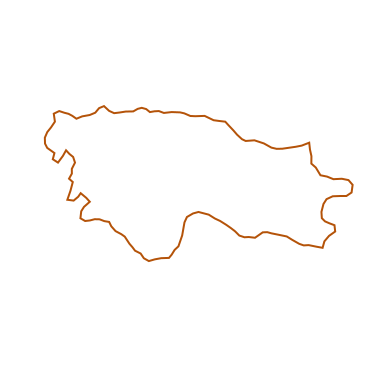 Rianápolis, Goiás, Brazil, rotated 13°
{"feature_id": "56859067B46542893543855", "entity_name": "Rianápolis", "entity_type": "district", "adm_level": 2, "iso_a3": "BRA", "parent_name": "Brazil", "parent_adm1": "Goiás", "projection": "albers", "projection_center": [-49.442, -15.481], "detail": "fine", "context": "isolated", "style": "outline", "palette": "amber", "viewbox_px": 384, "rotation_deg": 13, "n_neighbors": 0, "source": "geoboundaries", "source_scale": "gbopen_adm2", "svg_char_len": 1874}
<svg xmlns="http://www.w3.org/2000/svg" viewBox="0 0 384 384"><g transform="rotate(13 192 192)"><path d="M340.4,198.3L338.3,192.3L333.0,191.6L328.2,190.7L324.4,188.3L322.6,182.3L322.8,174.1L324.7,168.7L330.1,164.5L337.9,162.4L343.3,161.2L347.6,156.6L346.9,148.9L341.8,145.2L335.0,145.4L326.9,147.7L320.1,146.6L313.4,146.8L307.1,140.3L301.9,137.5L300.3,130.2L297.4,124.1L295.1,117.6L288.5,122.1L282.9,124.6L270.3,129.5L264.8,130.9L259.4,130.9L251.1,128.5L241.2,127.6L232.8,130.2L228.8,129.3L223.0,126.0L218.5,122.7L212.2,118.5L208.6,116.0L202.3,116.7L196.9,117.2L187.2,115.0L178.2,117.4L173.3,118.3L166.8,117.1L162.5,117.1L154.2,118.7L146.8,121.3L141.5,120.6L137.3,121.8L133.0,123.6L128.7,121.5L124.1,121.3L120.4,123.2L116.6,126.7L109.4,128.5L103.4,130.9L98.4,132.7L93.0,131.6L86.9,128.1L82.6,131.2L79.9,136.5L75.0,140.0L68.0,143.0L62.9,146.6L58.2,144.7L54.1,143.6L49.8,143.5L44.4,143.0L39.7,146.8L42.6,154.3L40.1,160.8L37.5,166.2L36.4,172.2L37.9,177.9L41.0,181.6L49.2,185.0L49.0,191.4L54.8,193.5L58.1,185.9L59.9,179.7L64.0,182.5L68.3,184.6L71.4,189.7L69.7,196.5L70.8,201.1L69.2,206.7L73.6,209.1L73.3,218.2L72.3,227.6L78.6,227.0L82.2,222.2L83.8,218.2L90.3,221.5L94.6,224.5L90.1,230.8L88.4,235.7L89.2,242.7L94.4,244.3L98.9,242.7L103.3,240.4L108.1,239.4L113.1,240.1L118.0,239.8L121.1,243.6L126.3,247.3L132.6,249.0L136.5,250.6L142.7,256.5L146.4,259.2L149.7,262.0L155.8,263.5L160.0,267.4L165.5,269.0L170.9,266.0L176.9,263.4L184.4,261.4L186.3,257.6L188.1,252.3L191.0,248.0L192.2,236.6L191.5,223.3L192.7,217.5L197.8,212.7L202.8,210.0L213.4,210.3L220.3,212.7L225.9,213.9L232.8,216.3L238.0,218.4L242.8,220.6L247.9,223.8L253.3,224.3L257.4,223.1L263.7,222.4L270.0,215.4L274.4,214.2L278.6,214.4L285.7,214.2L294.3,214.0L300.5,216.1L308.2,218.4L312.9,218.9L317.6,217.5L325.5,217.3L331.8,217.0L332.1,210.3L335.4,203.9L340.4,198.3Z" fill="none" stroke="#b45309" stroke-width="2"/></g></svg>